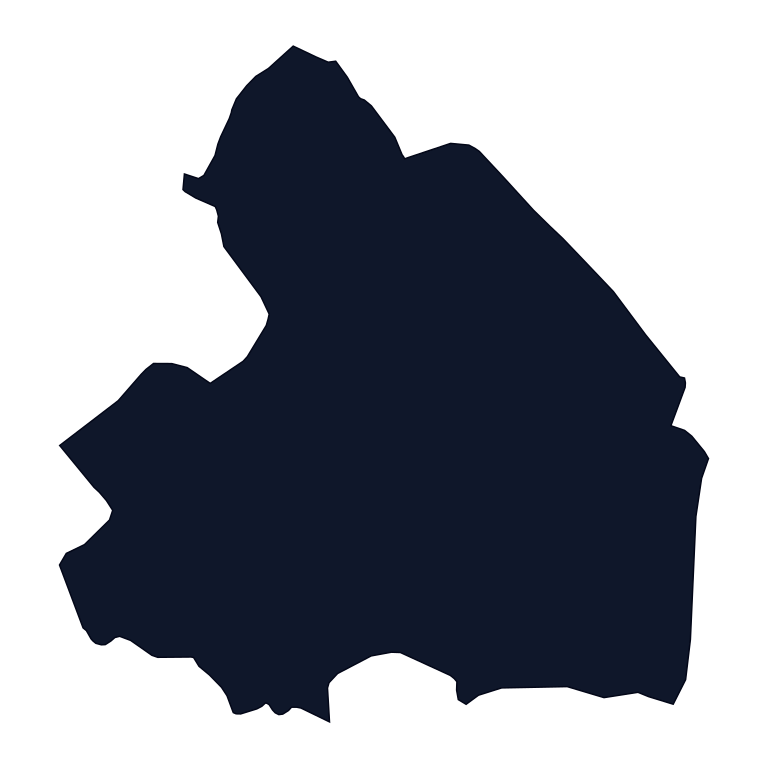 SVG path tracing the border of Drenthe
{"feature_id": "NLD-894", "entity_name": "Drenthe", "entity_type": "Province", "adm_level": 1, "iso_a3": "NLD", "parent_name": "Netherlands", "parent_adm1": "", "projection": "albers", "projection_center": [6.524, 52.908], "detail": "fine", "context": "isolated", "style": "filled", "palette": "ink", "viewbox_px": 768, "rotation_deg": 0, "n_neighbors": 0, "source": "natural_earth", "source_scale": "10m", "svg_char_len": 1802}
<svg xmlns="http://www.w3.org/2000/svg" viewBox="0 0 768 768"><path d="M708.5,458.5L701.6,478.3L695.9,516.5L690.4,639.5L685.6,679.7L673.2,704.2L648.5,696.6L638.0,692.3L604.0,697.6L567.2,686.6L501.6,687.9L478.5,695.2L466.1,704.3L465.6,704.0L458.3,699.6L456.6,690.1L456.9,681.7L454.3,678.6L450.3,675.4L400.4,652.5L391.4,652.2L371.2,655.9L337.6,673.5L329.0,682.7L327.5,688.0L329.5,721.9L300.9,708.0L296.7,707.2L291.5,707.2L288.5,710.5L282.8,714.1L278.8,714.6L275.2,712.8L272.5,709.9L269.2,704.7L267.0,703.3L265.4,703.0L261.8,706.3L256.8,708.9L240.7,713.9L236.1,713.8L233.3,712.6L232.6,710.8L227.0,695.7L221.5,687.3L209.5,675.0L199.0,666.3L193.6,657.5L191.1,657.0L157.7,657.3L151.9,655.3L130.6,640.4L119.7,636.3L114.9,637.5L110.9,641.0L105.3,644.6L101.3,644.8L95.8,643.3L92.9,640.9L91.1,638.9L86.4,630.6L83.1,627.9L59.5,565.0L66.3,553.4L84.5,544.6L109.5,520.0L112.7,510.3L106.4,500.5L99.3,492.2L94.1,487.4L59.7,445.5L118.2,400.7L141.2,374.3L146.0,369.4L153.5,363.5L171.8,363.6L187.2,367.6L210.2,383.4L243.1,361.3L247.3,356.7L266.3,325.4L268.1,319.1L269.2,314.1L261.0,296.7L223.9,246.6L221.4,233.8L217.7,222.4L218.4,216.2L216.7,209.8L215.2,206.5L195.9,198.1L185.2,191.7L183.0,189.6L184.4,174.0L198.5,178.6L203.9,175.4L215.0,155.5L217.9,144.1L220.7,136.7L229.3,118.5L231.3,112.7L231.8,109.9L236.4,98.8L246.7,85.7L255.8,76.4L268.4,68.5L293.2,46.1L315.7,56.8L328.2,62.2L335.7,61.2L347.3,77.2L358.5,96.8L360.6,98.7L364.3,100.0L371.4,105.9L394.8,137.2L402.1,154.8L403.4,156.5L404.7,158.8L408.4,157.5L450.6,143.4L468.9,145.1L475.3,148.6L479.3,151.4L503.4,177.2L533.5,210.2L549.8,226.2L562.8,238.5L586.8,263.6L613.4,291.6L645.7,334.9L679.7,376.9L684.5,378.0L685.4,382.9L685.1,387.4L670.9,425.7L684.6,430.4L691.8,436.2L704.4,451.6L708.2,458.1L708.5,458.5Z" fill="#0f172a" stroke="#020617" stroke-width="1.5"/></svg>